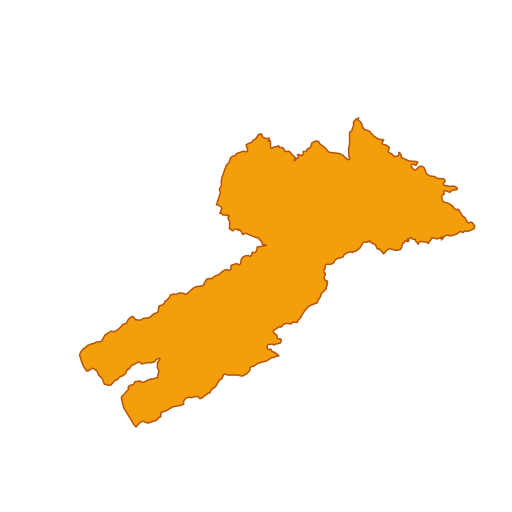 outline of Kiharu, Central, Kenya, rotated 326°
{"feature_id": "3690345B72180207858390", "entity_name": "Kiharu", "entity_type": "district", "adm_level": 2, "iso_a3": "KEN", "parent_name": "Kenya", "parent_adm1": "Central", "projection": "orthographic", "projection_center": [37.119, -0.71], "detail": "fine", "context": "isolated", "style": "filled", "palette": "amber", "viewbox_px": 512, "rotation_deg": 326, "n_neighbors": 0, "source": "geoboundaries", "source_scale": "gbopen_adm2", "svg_char_len": 6105}
<svg xmlns="http://www.w3.org/2000/svg" viewBox="0 0 512 512"><g transform="rotate(326 256 256)"><path d="M61.1,330.6L65.7,329.3L69.8,329.5L72.7,334.0L81.6,336.5L85.9,335.6L87.1,336.1L89.7,332.7L95.4,334.1L102.9,334.5L109.7,337.6L113.1,338.4L115.0,335.7L118.6,334.7L121.1,335.4L123.4,337.5L125.4,337.8L128.8,339.5L129.5,340.6L129.4,342.4L130.5,343.3L133.5,343.5L134.9,342.9L136.4,343.3L139.7,342.9L140.9,343.7L144.5,341.8L149.4,341.7L156.4,338.4L159.0,338.7L162.7,336.3L163.9,336.2L166.5,339.3L174.8,344.8L176.3,347.0L178.2,348.1L182.5,348.4L187.0,347.4L188.6,345.2L189.8,344.9L192.3,346.1L197.4,346.0L206.2,348.9L212.3,349.0L213.6,350.0L216.0,350.2L218.9,351.5L219.0,350.3L217.3,346.0L215.8,343.7L216.2,341.4L214.0,340.6L213.7,339.6L214.2,337.5L216.1,336.0L220.2,338.1L221.4,340.0L222.8,340.0L227.2,341.6L228.6,341.1L229.7,340.3L229.9,339.1L229.7,338.0L228.3,337.5L227.9,336.6L228.0,335.3L229.0,333.4L227.9,330.1L228.0,328.7L228.9,327.6L235.4,327.6L237.2,329.0L240.0,328.1L243.2,328.6L246.4,331.4L247.4,331.9L250.0,331.5L253.1,334.1L254.6,332.9L259.2,331.9L259.9,331.1L265.8,328.7L270.4,327.3L274.0,327.4L280.6,329.1L282.4,327.5L286.5,325.9L289.0,323.7L296.0,322.5L297.4,320.5L298.9,319.8L299.4,318.3L300.6,317.9L301.0,316.8L299.7,314.4L300.3,311.8L303.2,310.2L303.7,308.9L303.3,307.5L303.8,306.5L304.5,305.6L306.0,305.3L308.4,302.5L309.7,302.2L312.8,304.3L315.3,305.2L317.2,304.9L319.3,303.5L322.9,303.7L325.6,305.0L327.7,305.4L329.8,304.2L333.1,304.4L336.3,305.1L338.2,307.1L339.2,306.8L341.7,307.9L347.0,307.4L351.5,305.0L353.6,304.8L355.9,306.8L358.8,306.9L358.3,308.2L361.3,313.5L360.6,317.4L361.0,318.7L362.3,319.1L363.0,325.6L367.0,324.6L369.7,324.3L370.9,324.7L375.1,329.6L379.1,331.4L381.7,330.1L384.9,327.4L386.4,327.9L388.0,326.7L389.9,328.9L391.0,329.1L391.6,328.2L390.4,327.7L391.0,326.8L392.5,327.4L394.0,327.0L394.9,327.4L394.9,329.0L397.3,331.3L396.7,332.7L397.1,336.8L399.4,335.5L400.7,336.2L404.7,339.6L406.1,342.0L407.1,340.9L409.3,340.8L412.0,339.2L415.7,343.1L420.3,344.2L419.2,344.9L419.0,346.3L423.6,345.0L425.9,345.5L427.1,346.2L427.5,347.5L430.4,348.8L434.3,350.0L439.3,349.9L440.6,352.3L443.3,352.1L445.5,354.1L451.8,355.3L453.2,354.5L454.2,353.0L453.8,348.6L450.6,347.2L450.2,345.9L450.6,340.8L449.6,338.1L449.9,331.0L449.3,329.9L448.0,329.7L447.1,328.1L446.8,324.0L445.0,319.8L441.5,315.8L441.9,313.6L442.9,310.8L444.2,309.7L446.7,309.9L447.4,307.9L448.2,307.2L449.8,307.9L452.2,311.6L454.9,311.2L460.0,313.3L460.7,312.4L460.7,311.2L459.4,309.0L455.7,306.7L451.2,302.3L451.4,300.9L454.5,299.7L455.0,298.1L454.6,296.8L449.6,293.0L448.6,290.1L445.3,287.2L443.9,285.1L443.5,282.1L444.8,277.0L444.0,274.9L443.0,273.8L441.7,273.2L437.4,273.9L435.9,273.7L435.0,272.6L434.8,269.4L435.1,268.2L436.2,267.1L437.6,267.7L439.3,270.2L442.4,268.9L441.6,267.2L436.1,262.9L432.9,257.7L431.7,255.4L432.8,253.2L432.9,251.0L432.2,250.1L431.6,251.4L430.3,252.1L428.7,252.1L426.6,251.2L426.0,250.1L425.8,247.5L424.1,244.6L424.1,243.2L427.0,240.9L427.1,239.4L425.9,236.8L423.5,234.2L423.6,232.9L426.7,231.0L422.5,227.0L420.4,221.2L419.9,216.1L416.5,211.3L416.5,207.7L417.7,205.7L417.5,202.6L416.5,200.6L418.1,199.0L415.2,198.5L411.8,199.4L409.6,202.7L407.3,204.0L406.3,205.3L402.7,205.9L395.8,216.0L393.1,218.3L388.7,225.5L387.7,228.3L386.5,227.9L385.4,225.7L384.4,221.3L382.6,217.8L374.4,210.7L373.9,205.2L371.5,198.2L372.0,196.7L371.4,195.3L370.0,194.1L365.5,193.5L362.9,195.8L360.7,196.6L359.3,196.0L357.6,196.3L356.3,197.5L353.6,195.8L351.7,198.2L349.8,198.3L348.2,195.7L347.0,195.4L347.0,197.1L346.2,198.1L345.0,198.2L344.0,197.5L341.9,198.7L341.0,198.2L343.5,196.4L342.1,187.8L339.0,186.0L338.6,184.9L339.0,182.0L338.4,180.8L336.3,179.3L336.4,177.6L335.7,176.8L334.3,177.1L331.8,175.6L329.3,175.7L328.6,174.5L332.0,169.2L332.2,168.2L330.8,167.6L332.1,166.9L332.7,165.4L330.7,164.9L328.0,161.5L328.8,157.9L327.9,157.2L326.8,157.5L326.0,156.7L320.9,158.8L318.4,158.3L316.3,159.5L312.5,158.4L309.9,158.4L308.4,163.4L307.4,164.4L305.9,163.9L304.4,162.2L297.3,160.2L294.7,161.1L292.2,160.2L289.4,160.5L286.7,163.0L282.0,164.3L271.7,171.8L268.7,175.0L267.0,178.0L263.0,180.1L261.6,183.9L251.9,191.4L253.5,193.2L254.6,196.2L254.2,197.4L250.0,200.4L250.8,201.0L251.7,203.7L255.0,206.0L256.1,208.0L254.0,208.5L253.4,212.9L249.2,218.7L250.1,219.7L250.2,221.1L251.1,222.3L252.9,221.7L254.5,222.1L255.8,225.0L256.9,224.6L257.5,227.3L257.0,230.2L257.5,231.1L258.8,230.7L260.2,231.6L266.4,240.7L267.7,241.4L268.6,247.5L267.8,250.0L269.7,251.5L270.1,252.8L262.0,249.3L260.5,251.0L257.9,252.6L256.7,252.5L255.7,251.3L254.5,251.0L253.1,252.7L250.9,253.1L249.9,251.2L246.5,249.7L243.9,249.6L241.6,250.7L239.2,253.6L237.2,254.1L235.7,251.3L230.1,249.9L229.0,250.8L228.5,252.6L227.0,253.1L225.6,253.0L223.8,250.6L222.8,250.3L219.7,249.9L215.2,250.7L210.3,249.6L207.1,250.1L203.2,247.8L202.1,247.7L198.1,249.4L196.9,250.6L195.4,250.8L188.6,247.8L186.5,247.5L177.4,248.7L176.2,248.1L174.5,245.8L172.4,244.2L170.9,243.5L168.4,243.2L166.0,241.2L163.2,240.5L160.7,242.0L157.0,242.8L155.4,242.6L153.8,243.8L151.5,244.2L147.5,243.3L143.6,247.5L141.8,247.8L139.3,246.7L136.5,246.9L135.5,247.5L132.5,247.2L128.3,244.9L124.2,244.5L122.3,243.1L120.6,241.3L120.1,237.2L118.6,236.8L115.0,237.0L110.8,239.3L107.4,238.3L103.4,239.4L98.1,239.8L95.6,239.2L93.9,237.2L87.9,237.1L86.6,237.1L81.0,240.0L79.5,240.2L75.3,238.0L72.2,237.8L71.1,237.0L65.9,236.0L63.1,236.6L61.7,236.3L57.8,237.3L55.2,238.6L54.2,240.1L52.2,246.5L51.3,251.2L51.3,256.8L52.8,257.4L57.3,257.5L58.4,258.4L59.8,262.9L58.9,266.8L60.0,271.8L58.6,277.5L62.3,281.4L63.7,281.8L69.6,280.2L71.0,281.0L76.1,280.0L77.4,280.6L81.8,280.7L86.0,278.0L86.9,278.7L88.3,278.5L91.4,277.2L95.1,277.9L97.2,277.7L100.1,278.7L100.9,281.6L106.5,283.7L109.1,285.7L112.5,287.0L115.0,286.2L117.4,286.2L118.6,286.7L118.8,287.7L114.8,289.3L112.0,293.0L111.4,294.5L111.8,295.7L111.5,296.6L106.5,301.5L102.3,300.6L100.0,299.1L98.8,299.4L98.0,298.5L92.3,297.9L90.1,296.4L90.3,295.4L89.5,294.5L85.2,292.5L82.9,293.8L81.5,293.9L80.5,293.1L77.9,292.9L76.4,293.5L76.0,295.1L65.6,297.7L64.8,298.8L61.4,308.0L60.5,329.1L61.1,330.6Z" fill="#f59e0b" stroke="#b45309" stroke-width="1.5"/></g></svg>